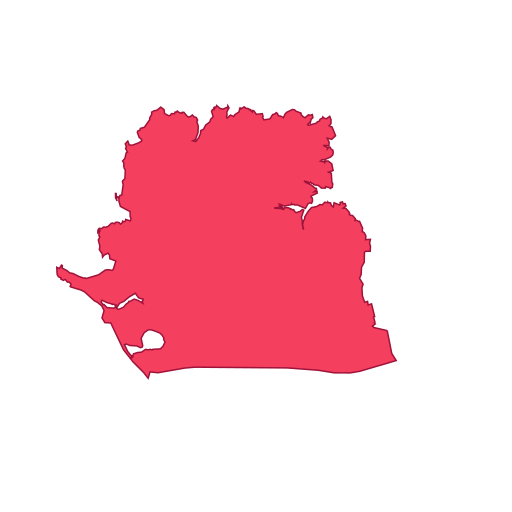 KaipÄtiki Local Board Area, New Zealand, rotated 117°
{"feature_id": "76426892B5692080734545", "entity_name": "KaipÄtiki Local Board Area", "entity_type": "district", "adm_level": 2, "iso_a3": "NZL", "parent_name": "New Zealand", "parent_adm1": "", "projection": "albers", "projection_center": [174.713, -36.79], "detail": "fine", "context": "isolated", "style": "filled", "palette": "rose", "viewbox_px": 512, "rotation_deg": 117, "n_neighbors": 0, "source": "geoboundaries", "source_scale": "gbopen_adm2", "svg_char_len": 6169}
<svg xmlns="http://www.w3.org/2000/svg" viewBox="0 0 512 512"><g transform="rotate(117 256 256)"><path d="M188.4,167.1L186.4,169.6L185.9,171.1L186.2,172.4L182.9,173.6L178.1,179.4L178.6,179.7L178.6,183.2L179.3,183.9L177.7,184.3L176.1,188.4L176.8,190.5L176.6,191.8L175.5,191.8L174.5,193.2L172.8,197.5L173.8,200.1L170.5,198.5L168.8,200.4L170.0,202.1L168.5,203.5L170.2,205.4L171.3,204.5L172.6,204.6L173.1,210.6L177.3,209.4L176.6,212.0L174.8,213.7L175.7,215.6L175.3,216.4L175.8,216.2L176.9,219.2L180.4,220.2L181.0,222.3L184.3,224.3L187.7,228.6L192.5,229.8L199.0,230.3L200.9,229.4L202.6,229.7L207.0,228.8L209.7,226.3L211.0,225.7L206.0,229.7L205.0,229.7L200.9,233.1L193.4,234.2L193.6,235.9L196.0,236.8L199.1,239.8L198.9,241.5L197.6,243.5L198.3,244.3L198.1,246.3L198.7,246.7L198.2,247.4L198.4,249.2L199.7,252.3L202.1,252.6L202.8,256.8L203.4,257.5L205.1,261.5L203.9,260.3L202.4,256.7L201.5,256.3L201.6,254.4L201.0,253.3L200.0,256.2L201.0,258.0L199.7,258.0L199.2,258.8L198.9,257.6L199.8,257.3L199.0,256.5L198.6,253.4L194.4,248.0L193.3,248.1L193.9,247.2L192.7,245.6L193.0,244.6L191.7,242.3L191.2,233.6L185.9,233.4L184.1,232.2L183.8,230.4L181.6,230.5L178.8,232.1L178.4,233.9L177.7,234.2L172.2,230.0L170.7,230.9L172.3,233.3L169.5,232.1L168.6,232.7L168.3,233.3L168.8,234.1L167.6,239.7L167.9,245.0L167.2,247.4L167.3,246.1L166.5,244.3L166.7,241.5L165.4,240.8L165.9,239.4L165.7,237.5L166.3,236.9L164.8,232.4L165.8,228.6L164.0,225.0L162.5,225.4L161.7,220.8L162.1,220.4L160.2,219.2L157.0,220.3L155.5,222.1L148.2,226.4L147.9,227.9L148.5,229.2L148.6,229.8L148.6,230.4L148.4,229.3L144.8,226.1L139.5,230.3L138.6,234.8L139.4,236.5L141.4,237.1L140.0,237.8L141.6,238.9L142.1,241.4L141.4,240.8L140.5,241.2L138.5,238.2L134.0,234.5L131.3,233.5L129.0,234.0L126.8,235.5L126.6,237.9L125.4,239.2L126.3,240.8L128.0,241.0L126.9,241.5L126.9,246.3L124.6,241.1L121.4,242.5L118.7,246.0L117.7,241.5L112.7,239.7L107.0,246.2L106.4,247.2L106.8,247.6L106.8,250.0L104.0,249.3L100.4,251.1L98.1,253.7L101.7,255.6L102.3,257.5L101.7,259.6L102.9,259.4L105.1,261.0L107.0,260.7L108.4,262.1L110.5,262.8L115.6,268.4L115.5,269.6L112.6,268.9L113.0,268.1L109.1,268.9L107.0,268.1L104.4,270.0L105.9,271.5L106.4,273.4L110.5,275.1L110.5,277.2L109.6,279.9L108.2,280.8L108.8,285.9L108.3,287.9L108.9,290.1L114.2,294.0L116.6,294.6L120.2,294.3L120.2,297.7L120.9,299.7L119.3,301.6L119.0,303.0L121.0,303.8L122.4,305.4L127.6,305.9L131.1,310.8L129.4,313.1L128.3,313.1L126.3,315.0L129.6,320.0L127.7,323.6L127.8,325.0L129.4,324.7L128.9,326.4L128.1,327.0L128.2,328.2L128.6,327.9L128.2,330.3L129.0,331.8L128.4,334.2L130.8,335.6L131.3,337.3L132.1,336.5L132.5,337.4L135.1,336.5L139.9,339.1L141.9,339.2L142.0,342.7L146.2,344.4L145.4,345.6L143.5,345.8L140.9,347.4L136.3,347.3L134.9,349.3L136.8,348.7L137.0,349.6L140.2,352.1L140.8,355.3L139.8,359.4L141.2,359.1L142.1,360.4L143.0,359.9L143.1,360.8L144.8,360.0L145.1,361.1L147.1,361.4L151.4,357.4L154.8,358.5L157.4,358.0L162.3,360.3L166.8,360.3L169.4,362.2L171.8,361.1L176.3,360.7L181.4,361.6L182.1,364.6L179.8,362.8L172.4,363.7L166.6,366.3L163.0,369.8L161.4,369.7L159.7,372.1L160.1,374.5L159.2,376.7L161.9,378.0L162.6,379.1L162.8,380.6L160.7,385.5L161.6,387.1L162.6,387.0L163.0,390.0L162.6,392.0L163.9,392.1L164.5,393.5L166.2,393.2L167.5,396.0L169.5,396.1L170.6,397.6L170.6,402.1L167.3,404.4L166.6,408.5L171.2,410.5L172.7,412.6L175.2,414.3L177.3,413.2L181.1,413.4L182.8,412.6L192.0,413.9L194.8,417.0L196.7,416.6L198.4,418.1L199.8,417.8L203.5,413.8L203.8,411.8L204.7,410.3L205.5,410.2L208.4,411.9L213.4,416.5L214.6,419.3L211.8,422.4L215.4,423.4L217.6,421.0L219.4,421.0L221.8,417.7L222.9,418.5L228.7,417.1L231.9,418.0L233.1,416.0L236.0,414.6L237.9,413.0L238.5,411.6L246.7,407.9L249.2,408.9L250.5,408.7L252.6,406.8L262.7,403.3L263.6,404.7L265.6,404.6L266.5,407.4L263.8,409.0L264.1,409.6L267.8,407.6L270.1,404.7L267.4,407.1L266.4,404.7L269.8,402.7L273.4,399.3L273.6,388.4L278.2,385.9L279.3,384.3L281.8,384.0L282.6,388.7L283.7,388.2L285.3,388.9L285.5,390.7L287.1,390.2L289.2,391.3L288.4,392.9L288.8,394.9L289.9,396.5L291.6,396.8L291.7,398.7L292.6,399.8L296.7,401.2L298.6,402.9L299.4,405.0L301.7,406.0L302.5,408.3L304.6,408.6L306.4,407.8L304.0,407.5L304.1,406.5L306.9,406.4L309.5,404.9L310.0,403.7L313.3,403.8L318.2,399.5L321.4,398.5L324.0,393.9L326.7,392.2L324.1,391.7L320.6,389.0L321.8,386.9L324.8,385.0L324.1,378.6L332.7,377.1L334.2,377.8L335.0,380.9L336.9,383.9L344.2,387.7L353.2,397.2L353.0,398.1L353.9,399.4L354.6,404.6L354.7,411.2L355.6,414.3L354.8,417.9L354.8,423.2L352.4,424.2L352.4,425.2L356.4,425.5L356.5,428.4L362.6,424.9L364.2,422.6L364.0,420.0L365.1,419.5L365.2,416.7L363.5,415.3L364.9,412.2L364.2,411.1L364.6,408.9L365.4,407.8L367.4,407.9L367.7,407.1L365.8,396.5L365.8,392.4L369.3,379.7L369.3,376.2L370.5,370.8L373.6,366.6L381.1,365.1L384.0,360.4L381.6,355.0L399.7,331.5L404.3,321.5L402.5,320.9L401.2,321.5L401.3,322.5L399.3,327.0L394.7,333.0L393.3,331.6L393.0,327.7L390.3,321.6L390.1,317.3L388.9,316.1L387.3,316.2L381.5,321.0L375.1,320.8L370.9,318.6L369.4,316.1L368.7,311.6L368.3,306.8L368.9,304.4L370.8,300.9L372.4,300.3L374.0,298.0L378.9,297.9L382.2,299.1L386.0,305.6L386.9,305.9L387.1,307.7L388.7,309.8L389.3,312.0L393.7,314.4L395.6,317.5L398.8,320.8L401.9,320.0L404.4,321.2L406.3,317.2L410.8,303.3L413.9,296.6L407.4,297.8L404.5,290.3L388.2,268.6L382.7,259.8L341.5,177.3L329.6,148.8L324.6,133.3L317.4,119.0L311.7,111.3L285.5,83.6L281.2,90.8L263.3,104.9L263.1,106.0L266.2,118.5L265.6,120.5L262.4,118.9L261.6,120.4L260.9,120.0L256.9,123.7L256.1,122.8L246.2,131.3L248.7,133.9L245.8,136.0L247.9,138.2L243.2,143.1L236.2,147.2L232.5,147.8L228.9,153.6L224.8,153.9L218.0,156.9L212.5,156.7L203.3,161.1L202.1,160.5L199.9,156.4L195.2,158.5L193.1,160.6L189.2,161.6L191.7,165.8L188.4,167.1ZM348.1,336.9L349.5,335.3L349.1,340.9L349.7,345.0L353.7,347.7L354.1,348.7L355.4,348.6L357.9,349.9L361.6,350.7L365.9,354.1L366.0,356.1L365.4,356.5L365.2,358.3L366.4,358.3L367.3,359.7L369.6,365.4L368.2,369.5L368.9,369.9L367.3,373.1L365.3,373.1L365.2,367.7L364.2,362.9L364.5,362.1L363.5,361.0L363.8,359.2L363.2,358.3L364.9,358.3L365.1,356.6L360.1,356.1L356.5,353.2L350.0,350.4L344.0,346.6L346.5,341.7L346.2,338.4L345.5,337.5L346.2,336.5L348.1,336.9Z" fill="#f43f5e" stroke="#9f1239" stroke-width="1.5"/></g></svg>